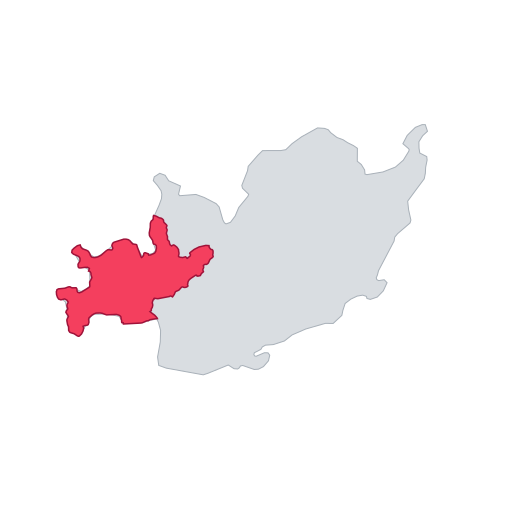 Switzerland, with Graubünden highlighted, rotated 162°
{"feature_id": "CHE-170", "entity_name": "Graubünden", "entity_type": "Canton", "adm_level": 1, "iso_a3": "CHE", "parent_name": "Switzerland", "parent_adm1": "", "projection": "robinson", "projection_center": [9.485, 46.618], "detail": "fine", "context": "in_parent", "style": "filled", "palette": "rose", "viewbox_px": 512, "rotation_deg": 162, "n_neighbors": 0, "source": "natural_earth", "source_scale": "10m", "svg_char_len": 6928}
<svg xmlns="http://www.w3.org/2000/svg" viewBox="0 0 512 512"><g transform="rotate(162 256 256)"><path d="M373.2,175.6L376.0,177.1L382.3,182.0L380.8,190.4L373.6,203.8L369.7,214.8L369.3,223.2L370.0,227.1L371.3,227.0L378.3,227.6L381.8,227.6L393.0,229.9L401.9,233.2L403.7,236.7L404.9,241.0L415.5,246.8L427.7,250.6L431.9,249.4L447.0,235.7L452.8,238.0L456.4,245.2L456.3,249.1L452.2,263.6L451.5,271.4L455.1,276.5L455.5,280.5L454.5,284.2L448.4,284.5L440.3,282.5L433.4,276.3L428.2,277.0L423.7,278.6L421.4,284.5L419.3,291.6L420.0,295.6L423.3,298.6L425.8,305.0L427.6,313.4L429.0,317.2L427.5,318.9L423.2,320.1L419.7,318.9L413.4,309.0L410.5,305.2L405.6,304.5L396.9,306.9L383.6,312.5L378.3,312.5L373.7,311.4L369.4,306.6L365.8,297.5L364.6,291.7L362.1,291.9L353.6,290.2L349.6,292.5L349.6,301.9L348.8,313.5L344.5,321.0L332.6,334.1L328.2,339.7L326.5,343.8L326.1,347.4L327.9,353.5L330.4,359.4L328.3,362.7L322.0,364.4L317.5,360.9L315.8,354.5L306.2,345.9L310.6,338.7L309.9,336.9L294.1,333.1L287.2,327.7L277.7,318.1L275.9,314.0L276.4,300.6L275.8,297.3L274.6,295.8L269.9,295.9L263.4,300.5L257.4,307.5L245.2,315.3L243.9,317.0L247.9,324.6L247.7,327.5L237.7,339.7L235.7,343.7L223.0,351.3L217.2,354.2L199.7,348.6L194.8,347.9L187.0,351.7L175.8,355.3L157.9,358.8L151.4,356.2L148.3,353.8L146.8,350.1L142.3,343.6L137.3,339.7L133.9,335.5L129.2,330.9L126.3,327.1L130.4,314.8L127.6,310.5L126.1,304.3L127.0,300.2L125.4,299.1L109.3,296.7L95.9,297.5L86.3,301.6L78.3,308.4L77.4,309.9L77.8,311.1L81.6,317.4L74.9,324.0L64.7,329.1L57.5,329.6L54.4,328.6L54.4,321.6L60.3,318.9L65.8,314.3L67.7,307.9L68.4,303.3L62.9,297.8L63.6,294.4L67.2,288.0L69.4,282.3L72.2,277.4L83.5,269.4L94.8,261.3L96.6,252.7L97.6,242.3L99.3,239.8L114.4,233.5L118.2,231.1L120.1,227.5L132.1,215.8L144.0,204.2L146.4,200.4L148.4,198.1L148.4,196.2L147.0,194.7L141.4,193.8L139.6,190.1L145.7,183.5L153.3,179.5L160.7,179.4L163.6,181.3L163.5,183.5L166.6,185.8L172.2,186.6L179.1,185.7L185.9,183.3L190.2,177.4L192.7,173.0L203.5,168.0L210.8,170.5L231.2,171.2L246.0,169.8L255.3,166.4L266.9,166.4L274.6,168.3L275.9,168.0L278.1,167.6L280.2,165.7L287.5,164.5L288.5,162.9L288.2,161.4L286.9,160.6L277.9,161.4L274.5,160.2L273.6,157.4L276.5,152.5L283.1,148.5L288.7,147.6L292.7,148.6L302.5,156.0L304.9,156.2L306.2,154.9L308.3,154.2L311.7,155.6L315.5,160.2L316.1,160.9L338.0,159.3L342.9,159.3L357.8,167.3L373.2,175.6Z" fill="#d9dde1" stroke="#a8b0b8" stroke-width="1"/><path d="M346.4,319.7L345.6,320.8L344.6,321.7L343.5,322.1L342.5,322.7L342.0,323.8L341.6,325.1L340.9,326.2L338.8,324.9L338.1,324.2L336.2,322.2L334.7,321.4L334.1,320.9L333.4,319.9L333.1,319.3L332.9,318.7L333.2,317.3L333.2,316.7L333.1,316.3L332.2,314.7L331.5,313.2L331.3,312.6L331.4,312.2L332.1,311.4L332.5,310.7L332.6,310.1L332.5,309.4L332.4,308.7L332.6,307.9L334.0,305.7L334.3,304.9L334.2,301.6L334.6,300.7L334.9,299.6L335.1,299.1L335.0,298.6L334.6,297.9L334.2,297.1L334.1,296.2L334.3,295.0L334.3,294.1L334.3,293.4L333.3,291.7L331.9,291.9L331.5,292.0L331.3,292.1L330.7,291.9L329.7,290.7L328.8,289.3L328.5,288.8L328.3,288.2L327.7,286.0L327.8,285.7L327.9,285.2L328.1,284.6L328.2,283.3L328.4,282.6L328.6,281.8L329.0,281.2L329.6,280.1L329.8,279.6L329.7,279.3L329.5,279.0L328.3,278.1L327.3,277.7L326.7,277.4L326.3,277.2L323.2,277.0L322.8,276.3L322.5,275.8L322.4,275.2L322.2,275.0L321.7,275.0L320.9,275.6L320.1,275.8L319.4,276.0L318.7,276.3L318.1,277.1L317.9,277.7L318.0,278.2L318.2,278.5L318.3,278.9L318.1,279.3L317.2,279.8L312.7,281.4L307.4,282.2L300.5,281.6L297.5,280.4L297.8,278.9L297.6,278.0L297.1,276.7L296.9,276.3L296.6,276.1L296.2,275.9L295.8,275.7L295.6,275.4L295.4,274.9L295.3,274.3L295.4,273.7L296.0,271.9L296.7,270.7L296.8,270.1L296.9,269.6L296.8,269.3L296.8,269.0L297.1,268.5L297.7,268.1L299.2,267.5L300.1,267.3L300.9,266.9L303.0,264.6L303.9,263.8L305.5,263.3L306.8,263.7L307.2,263.8L308.5,263.5L308.8,263.3L309.2,262.9L309.1,261.9L309.2,261.5L309.9,260.5L310.7,259.6L310.9,258.7L310.8,257.3L311.1,257.1L311.7,256.9L312.4,256.7L313.0,256.2L314.0,255.7L314.9,254.6L316.8,254.7L317.7,255.0L318.2,255.0L318.3,255.3L318.5,256.1L318.9,256.3L319.7,256.3L324.7,254.9L326.7,254.1L328.0,253.1L328.6,252.4L329.1,251.6L329.3,251.0L329.6,250.6L329.8,250.2L330.0,249.8L329.9,249.0L330.0,248.6L330.2,248.3L330.8,248.1L331.7,247.9L333.2,248.0L334.0,248.3L334.7,248.7L335.1,249.2L335.8,249.4L336.7,249.2L339.8,247.4L341.1,247.2L342.7,247.1L343.5,246.9L344.0,246.6L345.5,244.8L348.0,242.9L349.4,244.3L349.7,244.4L350.2,244.4L350.6,244.2L362.5,245.7L364.3,246.5L365.3,247.1L366.0,247.2L366.3,247.1L366.5,246.2L367.6,245.9L368.8,244.1L369.1,243.5L369.2,242.9L369.1,242.4L369.4,241.1L369.9,240.2L370.5,239.2L370.9,238.8L371.8,238.2L372.0,237.7L372.3,236.7L372.8,236.3L373.3,236.0L374.0,235.9L373.5,235.0L370.7,231.1L369.8,229.2L369.1,227.3L369.1,226.9L371.1,227.4L374.1,227.8L376.5,228.2L378.4,227.7L380.0,228.1L384.7,227.6L386.2,227.8L403.1,232.3L402.9,233.6L403.3,233.8L403.9,233.8L404.2,234.2L404.2,234.8L403.8,235.9L403.6,238.5L403.3,239.7L403.5,240.7L404.6,242.1L406.8,243.6L416.4,246.2L419.9,249.0L421.9,250.0L425.7,251.1L427.0,251.1L427.6,251.1L429.9,250.6L433.8,248.9L434.7,247.7L434.9,246.9L435.0,245.9L435.4,244.5L436.8,242.6L438.2,242.3L440.0,242.7L442.2,242.6L442.2,240.6L443.8,238.0L446.0,235.8L448.6,234.5L449.1,234.4L449.6,234.5L450.1,234.8L451.0,235.7L452.9,238.2L455.9,240.3L456.7,241.1L457.2,243.0L456.1,246.8L456.4,249.1L455.9,252.7L455.6,253.7L455.1,254.4L453.1,256.4L453.3,258.1L453.9,259.7L454.2,261.3L453.1,262.7L451.6,263.5L451.2,264.5L451.3,265.8L451.1,267.4L450.3,268.7L449.3,269.5L448.9,270.5L449.6,272.7L451.3,274.3L455.1,274.6L457.0,276.0L457.6,278.1L457.6,281.0L456.9,283.8L456.3,284.5L455.7,285.5L454.0,285.8L447.6,284.4L444.5,284.6L443.3,284.5L442.3,284.1L441.8,283.5L441.3,283.0L440.6,282.5L436.9,281.4L436.5,280.2L437.0,277.9L436.8,276.6L435.4,275.6L433.1,275.6L424.6,277.7L423.7,278.1L423.3,278.9L422.3,282.6L421.5,283.4L419.6,285.1L418.8,286.1L418.7,286.9L418.7,289.3L418.3,290.5L418.4,291.5L418.6,292.4L419.1,293.0L419.9,293.4L418.3,295.7L419.7,297.3L422.3,298.1L426.3,298.8L427.9,299.3L428.5,300.6L427.9,303.0L427.2,303.8L425.4,305.2L424.7,306.3L424.2,307.8L424.2,308.8L424.5,309.8L425.4,311.0L429.1,314.2L430.2,316.2L429.1,318.4L426.6,319.7L422.8,321.0L419.8,320.9L419.7,318.4L418.8,316.5L415.3,313.8L414.0,312.3L413.4,309.8L413.3,307.6L412.7,305.8L410.5,304.5L408.6,304.1L406.9,304.0L403.0,304.6L397.0,307.2L395.2,307.7L394.0,307.5L391.8,306.4L390.9,306.4L389.9,307.3L389.7,308.6L389.8,309.9L389.8,310.7L388.4,312.4L386.8,313.0L376.5,312.9L374.4,312.2L372.5,311.1L371.3,309.7L369.6,305.7L368.8,305.2L366.8,304.2L366.1,303.7L366.0,303.0L366.1,301.3L365.6,290.6L365.3,289.9L364.6,290.1L363.1,291.0L362.5,291.7L362.2,292.5L361.8,293.2L360.8,293.5L360.1,293.2L357.8,291.4L357.8,290.0L356.0,289.6L351.6,290.0L349.9,291.4L348.3,294.1L347.6,296.8L348.5,298.3L349.7,299.0L349.9,300.2L349.6,301.6L349.6,303.2L350.8,307.1L351.0,308.5L350.4,311.0L347.8,315.7L346.4,319.7Z" fill="#f43f5e" stroke="#9f1239" stroke-width="1.5"/></g></svg>